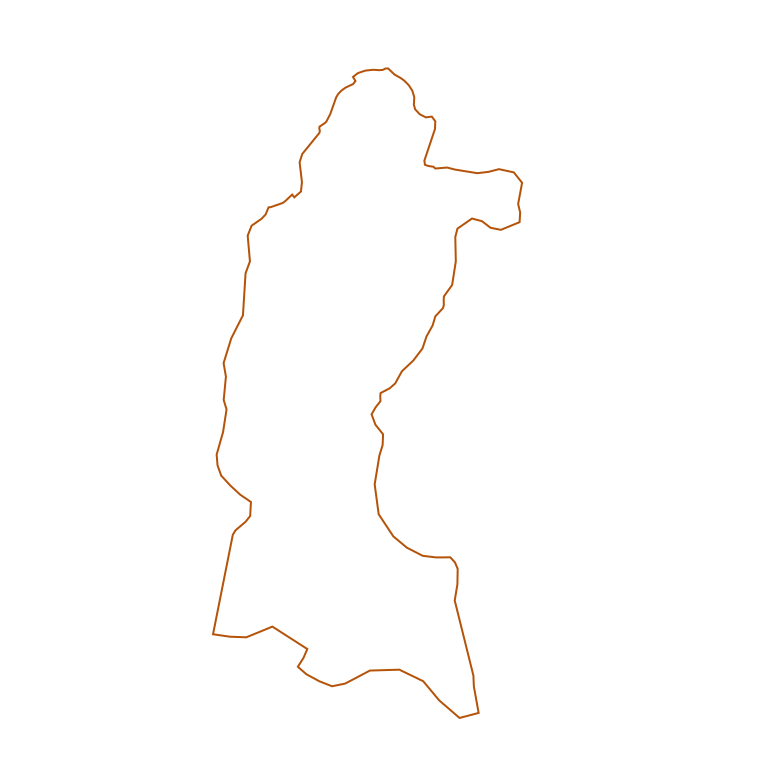 outline of Elazig, rotated 103°
{"feature_id": "TUR-2282", "entity_name": "Elazig", "entity_type": "Province", "adm_level": 1, "iso_a3": "TUR", "parent_name": "Turkey", "parent_adm1": "", "projection": "robinson", "projection_center": [39.185, 38.778], "detail": "fine", "context": "isolated", "style": "outline", "palette": "amber", "viewbox_px": 768, "rotation_deg": 103, "n_neighbors": 0, "source": "natural_earth", "source_scale": "10m", "svg_char_len": 1854}
<svg xmlns="http://www.w3.org/2000/svg" viewBox="0 0 768 768"><g transform="rotate(103 384 384)"><path d="M454.6,372.4L483.9,370.5L512.1,359.9L530.4,340.6L538.4,324.8L542.7,307.6L541.3,294.6L538.0,280.4L541.9,274.7L547.6,270.6L562.8,267.4L579.0,266.4L648.0,231.3L658.5,228.4L683.2,217.8L692.4,235.3L679.9,259.0L664.8,278.9L658.9,304.8L666.4,333.3L684.6,354.4L690.2,366.6L688.2,380.1L684.3,394.3L678.9,404.3L668.8,400.8L659.5,399.1L645.5,438.2L661.8,461.2L664.9,477.3L666.3,494.3L564.9,497.4L560.0,495.8L549.4,487.9L542.7,484.7L528.9,487.1L524.3,499.0L517.5,510.9L509.9,522.0L500.7,527.9L490.4,531.2L467.1,530.0L444.2,531.7L435.6,536.6L412.3,539.7L399.7,545.0L373.9,543.1L348.8,536.9L307.2,543.8L294.7,542.2L270.1,550.2L259.5,548.6L250.6,540.5L245.5,537.5L237.8,536.2L237.3,534.4L230.4,523.4L227.9,521.3L220.1,516.1L222.3,513.4L215.1,508.2L205.6,509.4L187.0,516.1L178.3,515.4L153.8,503.4L151.6,503.5L149.8,504.5L147.7,504.7L142.8,500.1L141.3,499.2L133.2,497.1L115.6,495.1L111.7,493.9L108.0,491.7L104.0,488.3L98.7,481.6L95.2,480.0L91.8,483.3L86.9,479.3L82.9,472.8L80.3,465.4L79.3,459.3L78.2,455.8L76.3,453.6L75.6,451.0L80.1,443.4L82.1,436.7L83.7,432.8L87.2,427.2L91.8,422.4L97.8,419.0L105.2,417.7L109.4,415.4L113.1,409.9L114.8,403.2L112.7,397.6L116.5,393.1L124.1,391.7L157.3,394.9L161.2,393.4L161.6,389.6L161.2,384.7L162.5,382.5L158.9,371.2L159.1,363.1L157.6,340.5L153.8,329.9L148.8,320.3L148.6,305.1L156.9,294.7L178.4,293.8L186.3,289.9L195.8,288.3L207.5,304.8L207.8,315.4L203.3,325.2L203.0,335.5L216.1,347.4L224.7,347.6L248.4,341.6L272.2,339.9L285.1,345.3L288.0,344.9L294.0,343.4L297.0,343.7L306.5,349.2L316.0,349.8L328.2,353.3L340.7,354.5L354.5,360.7L367.5,369.4L380.9,373.2L386.8,377.4L393.6,385.3L396.2,385.0L401.5,383.6L408.8,387.0L416.3,389.3L425.6,383.2L433.2,373.6L443.8,371.6L454.6,372.4Z" fill="none" stroke="#b45309" stroke-width="2"/></g></svg>